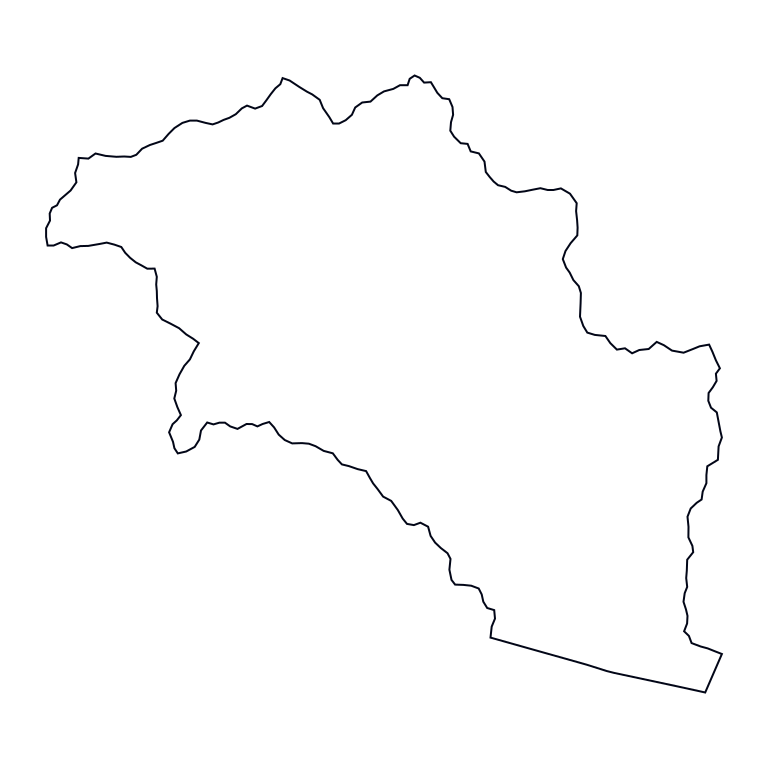 the district of Rio dos Cedros, Santa Catarina, Brazil
{"feature_id": "56859067B85566328375653", "entity_name": "Rio dos Cedros", "entity_type": "district", "adm_level": 2, "iso_a3": "BRA", "parent_name": "Brazil", "parent_adm1": "Santa Catarina", "projection": "orthographic", "projection_center": [-49.385, -26.63], "detail": "fine", "context": "isolated", "style": "outline", "palette": "ink", "viewbox_px": 768, "rotation_deg": 0, "n_neighbors": 0, "source": "geoboundaries", "source_scale": "gbopen_adm2", "svg_char_len": 3441}
<svg xmlns="http://www.w3.org/2000/svg" viewBox="0 0 768 768"><path d="M490.5,637.6L586.7,664.7L606.6,671.0L614.1,672.9L677.4,686.4L699.4,691.2L705.2,692.5L721.9,654.0L714.7,651.2L707.7,648.4L700.7,646.5L691.6,643.1L688.9,635.9L684.1,631.3L687.1,623.5L687.5,615.9L686.0,609.5L683.5,601.8L684.7,593.2L687.2,586.9L686.2,578.1L686.8,570.7L687.2,559.7L693.2,552.2L692.4,545.9L688.4,537.4L688.5,526.8L687.5,516.7L690.7,508.5L696.7,502.8L701.6,499.5L702.7,491.6L706.4,483.2L706.4,475.1L707.3,466.3L717.9,459.8L718.6,446.4L721.9,437.5L720.4,431.3L718.6,421.9L716.8,412.4L711.0,407.7L708.3,400.8L708.6,393.0L712.8,387.3L716.6,380.9L715.9,373.7L719.9,368.3L715.9,360.3L712.4,351.7L709.1,344.6L699.6,346.3L693.0,349.0L683.6,352.7L672.0,350.6L663.9,345.2L656.7,341.9L648.7,349.0L639.3,350.0L632.1,353.3L625.0,348.3L616.9,349.6L610.3,343.1L605.4,336.0L594.8,334.9L587.3,332.6L583.3,326.0L580.0,316.7L580.6,303.1L580.9,293.0L578.8,286.2L573.4,280.1L569.7,272.6L566.1,267.6L562.8,259.1L565.5,251.0L570.6,243.2L577.3,235.4L577.6,227.6L577.1,220.2L576.1,211.1L576.7,203.2L570.0,193.7L560.9,188.4L553.4,190.0L547.7,190.0L540.4,188.2L532.7,189.7L524.9,191.3L516.6,192.3L511.2,190.7L505.2,186.9L498.0,185.2L493.6,181.5L489.7,177.0L485.8,172.0L484.5,161.6L478.9,153.4L470.7,151.4L467.6,143.9L460.7,143.2L454.1,136.7L450.3,130.7L451.0,122.2L453.1,114.8L452.5,107.0L449.2,99.2L442.3,98.2L437.3,92.8L434.0,87.3L430.9,82.2L424.1,82.6L419.8,77.8L414.6,75.5L409.7,78.8L407.6,85.2L400.0,85.2L393.3,88.9L384.0,91.4L377.3,95.4L370.5,101.6L362.2,102.5L355.2,107.5L351.9,114.8L345.7,120.2L339.1,123.5L333.1,123.5L329.3,117.1L323.1,108.2L319.7,99.8L312.2,94.4L307.0,91.7L299.4,87.0L289.6,80.5L282.6,78.1L280.3,84.2L275.4,88.3L270.8,94.1L266.3,100.4L262.1,106.0L255.1,108.6L247.0,105.6L241.8,108.4L235.8,114.2L229.4,117.8L223.6,119.9L218.2,122.5L212.6,124.4L205.6,122.9L196.9,120.6L189.9,120.6L182.4,122.9L174.5,128.0L168.7,133.8L162.7,140.7L156.0,143.0L149.9,145.0L142.1,148.7L136.3,154.8L130.8,156.9L124.2,156.5L116.4,156.8L105.6,155.9L95.5,153.5L88.4,158.6L78.7,157.9L78.1,164.4L75.1,173.0L76.4,182.3L70.6,190.5L64.8,195.5L60.0,199.6L57.0,205.3L52.1,207.8L49.7,213.5L50.0,220.6L46.1,228.2L46.1,236.9L47.6,245.5L53.7,245.5L61.0,242.4L66.8,244.4L72.1,248.1L80.3,246.1L88.3,245.9L99.4,244.0L106.7,242.6L114.3,244.6L121.3,247.0L125.2,252.8L130.1,257.8L135.7,262.3L141.3,265.3L147.3,268.7L154.6,268.6L156.8,276.8L156.2,284.5L156.8,291.0L157.0,298.1L157.6,306.2L156.8,312.7L162.2,319.5L171.0,323.9L179.1,328.2L186.2,334.4L193.2,338.8L198.8,343.1L193.8,351.3L189.9,359.4L184.3,365.8L179.5,374.3L175.6,383.1L176.2,390.7L174.3,398.5L177.4,407.2L180.9,415.1L176.8,420.4L172.6,424.2L169.1,432.3L173.0,441.8L174.4,448.2L177.8,453.4L186.2,451.5L194.7,446.9L199.3,439.6L201.0,430.5L207.2,422.5L213.5,424.4L219.3,422.7L225.0,422.7L230.2,426.4L237.5,428.9L246.5,424.0L252.2,424.1L257.4,426.4L262.6,424.0L269.2,422.0L274.1,427.4L278.7,434.6L284.7,440.0L292.2,443.4L301.9,443.1L308.9,443.7L315.6,446.2L323.7,450.9L332.8,453.3L337.7,459.9L341.9,464.4L348.9,466.1L357.6,469.1L366.1,471.1L369.8,477.8L373.1,483.4L377.7,489.2L383.1,496.6L391.2,500.9L397.8,510.0L402.7,518.6L407.0,523.9L413.9,525.1L420.4,522.7L428.1,526.7L430.6,535.9L435.1,542.6L440.9,548.1L447.5,553.2L450.5,558.9L449.4,569.7L451.5,579.9L455.1,584.6L463.3,584.9L471.2,585.7L478.7,588.5L481.7,594.4L483.3,601.7L487.2,608.0L494.2,610.1L495.0,618.6L491.7,626.6L490.5,637.6Z" fill="none" stroke="#020617" stroke-width="2"/></svg>